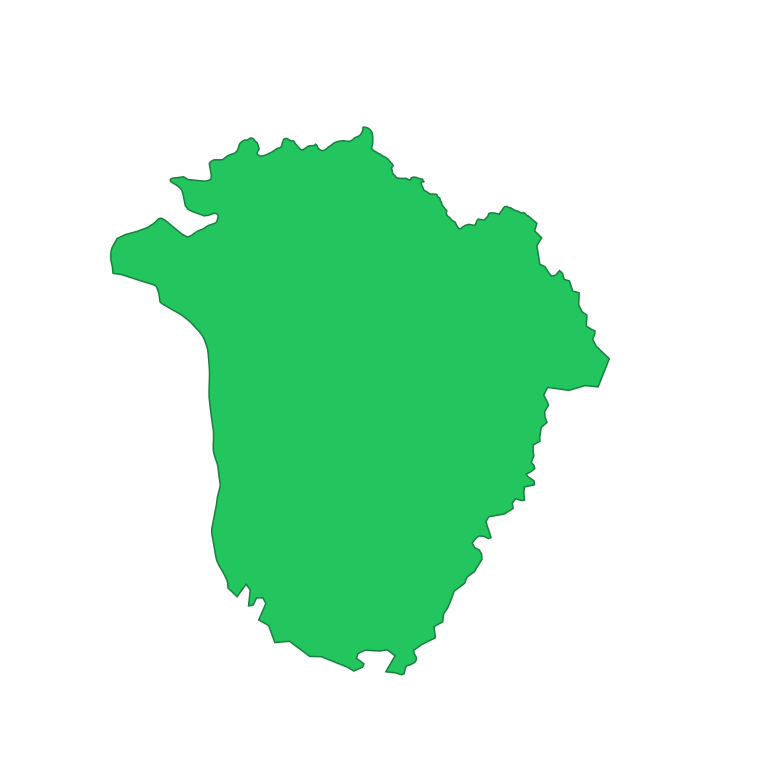 outline of Chapicuy, Paysandú, Uruguay, rotated 339°
{"feature_id": "84410073B18564201435230", "entity_name": "Chapicuy", "entity_type": "district", "adm_level": 2, "iso_a3": "URY", "parent_name": "Uruguay", "parent_adm1": "Paysandú", "projection": "mercator", "projection_center": [-57.843, -31.658], "detail": "fine", "context": "isolated", "style": "filled", "palette": "green", "viewbox_px": 768, "rotation_deg": 339, "n_neighbors": 0, "source": "geoboundaries", "source_scale": "gbopen_adm2", "svg_char_len": 6171}
<svg xmlns="http://www.w3.org/2000/svg" viewBox="0 0 768 768"><g transform="rotate(339 384 384)"><path d="M460.0,546.4L461.0,541.4L465.8,538.2L470.6,542.2L473.5,542.8L475.7,535.4L478.2,530.5L488.3,532.0L489.4,528.3L484.9,521.6L484.6,519.1L489.3,518.6L494.4,517.1L494.8,513.6L493.4,510.0L498.0,505.0L499.3,499.8L501.3,494.5L509.2,493.2L510.2,489.7L515.2,480.9L522.4,478.3L522.5,472.3L524.2,467.1L530.1,462.7L529.9,457.9L529.1,451.6L535.5,445.8L554.4,456.2L571.0,457.5L582.9,463.4L603.4,441.2L595.7,425.0L594.8,416.9L598.5,413.3L600.0,410.0L597.2,407.2L593.6,402.4L598.1,392.4L594.8,387.4L594.1,379.9L598.9,368.8L593.5,364.9L594.0,354.2L589.7,350.9L590.3,344.8L588.6,341.0L583.6,343.8L579.1,343.5L577.8,339.6L576.3,332.0L572.4,328.1L576.3,309.6L583.6,304.0L579.5,295.1L584.3,288.8L578.7,278.5L578.1,278.5L576.4,274.7L575.7,273.9L574.5,274.0L573.2,273.4L572.0,271.9L569.9,269.7L568.5,268.9L565.3,264.8L563.7,264.0L562.2,262.1L561.4,262.1L560.2,261.7L558.5,262.5L556.6,263.9L554.2,265.3L552.6,266.8L550.9,265.6L546.6,263.0L544.6,262.4L542.8,262.6L541.2,264.4L538.7,265.8L536.1,266.8L531.2,263.8L529.2,264.8L526.2,268.3L524.0,267.7L520.7,265.4L516.7,265.0L513.2,265.7L512.8,266.0L512.0,266.3L511.0,266.5L510.5,266.3L509.8,265.8L509.5,265.3L509.4,264.9L509.3,264.3L508.8,263.1L508.5,259.2L508.4,258.5L508.2,258.1L506.7,256.3L505.4,253.7L505.0,252.2L503.9,250.7L503.2,248.3L503.1,247.7L503.4,246.9L503.7,246.3L504.7,245.0L504.7,244.3L503.8,242.9L503.6,241.3L503.0,239.9L502.9,239.1L502.5,238.1L502.4,236.7L502.7,235.6L502.8,234.7L502.3,232.8L502.3,232.3L502.6,231.7L502.7,231.2L502.5,230.2L501.4,228.5L501.2,227.9L501.3,226.8L501.2,226.2L500.7,225.5L497.7,224.1L495.7,223.5L495.0,223.0L492.8,219.8L491.4,218.2L490.9,217.5L490.7,217.0L490.8,216.5L490.7,214.5L490.6,213.4L490.3,212.3L490.5,211.5L490.6,210.6L490.8,209.5L491.0,208.9L491.3,208.9L492.2,209.1L493.2,209.5L493.6,209.5L493.9,209.3L493.8,209.0L493.4,208.5L493.4,208.1L493.3,207.6L493.5,206.7L492.9,206.3L492.2,206.0L490.4,204.8L489.6,204.1L488.9,203.4L488.1,202.6L485.8,201.4L485.0,201.3L484.5,201.4L483.6,201.3L483.2,201.4L482.7,201.9L482.2,202.7L481.7,203.0L481.4,202.9L479.8,201.6L478.7,200.3L478.0,199.8L476.7,199.3L475.9,199.2L474.7,198.5L473.2,198.0L472.2,197.6L471.4,197.0L470.4,196.6L469.8,196.1L469.5,195.7L469.0,193.8L468.6,192.7L467.6,190.9L467.6,190.4L468.2,187.5L468.3,185.7L468.4,185.1L468.6,184.6L468.9,184.4L469.6,184.2L470.4,183.7L470.8,183.3L470.7,182.2L470.6,181.7L469.6,179.4L468.7,176.3L467.0,173.4L466.5,172.7L464.3,170.5L463.9,169.6L462.5,167.7L461.9,167.2L460.8,166.0L460.4,165.1L459.4,164.2L459.0,163.6L458.3,163.0L457.0,160.1L456.9,159.4L457.1,158.7L457.7,158.2L458.7,156.9L459.9,154.8L460.7,152.9L462.1,149.2L462.6,147.1L462.9,145.5L462.9,143.9L462.4,142.2L461.6,140.7L460.8,139.4L457.6,137.0L456.7,136.8L456.2,137.1L455.7,138.7L454.3,140.4L451.6,142.7L450.6,143.2L448.4,143.6L444.8,143.6L443.1,144.5L440.2,145.1L438.3,145.0L433.1,142.3L430.7,141.6L427.8,141.0L426.2,141.0L423.9,141.0L418.9,142.5L416.9,142.8L414.0,144.2L410.6,144.3L409.3,143.5L407.9,142.0L407.3,140.8L406.9,139.3L406.8,137.1L406.6,136.3L406.0,135.6L405.1,136.1L404.3,136.2L403.5,136.2L400.4,135.0L399.0,134.9L398.1,134.9L394.0,135.9L392.1,136.2L390.6,135.7L389.8,134.4L389.2,133.1L388.5,130.6L387.5,128.2L386.9,125.2L386.5,124.4L384.4,123.8L382.3,121.2L381.2,119.9L380.5,119.7L379.2,119.5L378.1,119.6L377.5,120.1L376.9,121.2L375.9,122.0L373.5,125.2L372.6,125.9L371.3,126.1L368.5,125.8L364.6,126.8L361.9,127.3L356.2,127.8L353.5,127.7L351.1,127.3L349.7,126.3L348.4,124.8L348.0,123.6L348.3,122.6L350.3,121.1L351.7,119.6L352.1,114.9L351.9,113.1L350.8,111.2L349.8,108.0L348.6,106.9L347.3,106.4L345.9,106.8L343.6,107.2L341.2,106.3L340.0,106.4L337.7,106.9L336.3,107.4L334.9,108.5L334.2,109.3L331.5,112.8L330.3,113.8L328.1,114.7L326.8,115.0L323.9,114.8L320.0,114.9L313.5,116.8L305.9,113.9L303.8,113.8L301.4,114.6L299.8,115.7L297.6,127.1L296.6,129.4L295.6,130.8L294.3,131.0L292.9,131.0L289.4,130.4L285.4,128.5L274.3,122.8L271.1,118.7L266.3,117.6L260.4,116.1L258.8,116.1L257.9,116.5L257.5,117.1L257.3,117.8L257.6,118.9L262.0,124.7L263.1,126.6L264.7,130.4L264.1,136.7L262.4,146.2L263.6,150.6L267.1,154.5L271.2,158.0L276.4,162.6L280.9,163.6L286.5,163.8L288.4,164.7L289.5,166.5L289.2,168.0L287.9,170.0L286.0,172.5L284.3,173.3L276.7,173.1L270.8,174.4L264.5,174.4L257.5,176.3L253.2,176.4L249.2,171.8L244.8,164.1L238.6,153.1L235.6,149.4L233.0,148.9L226.6,151.6L219.0,153.2L207.6,153.0L196.3,151.8L187.0,152.5L178.9,159.3L176.9,162.1L175.3,165.2L173.6,170.0L172.3,177.5L170.7,183.6L177.9,187.6L195.8,202.0L203.1,207.7L205.2,209.5L205.6,210.1L206.0,210.6L206.4,211.5L206.5,212.2L206.3,217.9L206.2,219.4L205.9,220.6L204.4,226.7L204.5,227.6L205.6,229.5L206.2,230.4L207.4,231.8L213.4,239.3L217.0,243.5L219.6,246.8L223.5,253.1L225.8,257.4L228.7,265.0L230.3,268.7L231.4,272.6L232.1,276.3L232.2,278.3L232.2,283.3L231.9,287.7L231.6,289.1L230.6,293.1L227.8,302.7L226.1,308.2L224.5,312.6L217.9,328.4L216.0,333.6L214.2,340.1L212.6,346.6L209.3,360.6L208.0,366.5L205.1,374.4L203.1,378.7L201.4,383.4L200.6,385.9L200.3,388.1L199.9,393.0L199.8,398.3L199.1,402.6L197.0,410.6L195.1,419.1L193.8,421.6L191.0,425.5L188.1,429.6L184.2,436.8L173.7,453.7L171.4,457.3L170.3,459.9L169.3,463.2L168.7,466.9L166.1,480.0L165.3,484.3L164.8,486.8L164.6,489.5L165.0,494.8L166.4,503.0L167.1,510.8L166.6,514.6L165.2,518.4L170.6,529.9L183.5,521.5L185.3,528.3L178.0,542.6L182.6,543.5L188.4,538.0L194.3,540.3L195.0,546.6L182.5,559.4L189.8,568.2L189.4,586.3L203.5,590.3L210.9,601.9L217.0,611.7L227.7,616.1L248.5,635.4L253.0,641.2L262.7,640.6L265.0,638.1L262.3,633.7L259.9,630.2L263.3,626.3L271.4,625.7L275.3,627.7L284.1,631.7L291.8,633.4L296.9,641.7L282.6,653.3L291.5,657.9L296.0,661.7L298.9,661.7L302.0,657.2L303.8,655.2L308.3,655.6L313.1,654.8L315.4,653.1L316.2,650.8L315.6,646.7L316.2,643.3L325.6,640.8L341.1,639.3L343.8,628.4L353.6,627.0L357.5,619.7L363.3,615.8L368.3,610.6L375.2,602.6L387.9,598.9L392.0,594.2L401.1,591.6L412.6,582.8L414.2,577.6L413.4,573.0L410.0,569.2L409.3,564.3L413.6,561.4L418.1,559.9L422.6,561.9L426.1,565.7L428.8,565.7L429.4,559.3L429.4,554.8L429.8,549.1L434.2,545.5L450.0,548.5L460.0,546.4Z" fill="#22c55e" stroke="#15803d" stroke-width="1.5"/></g></svg>